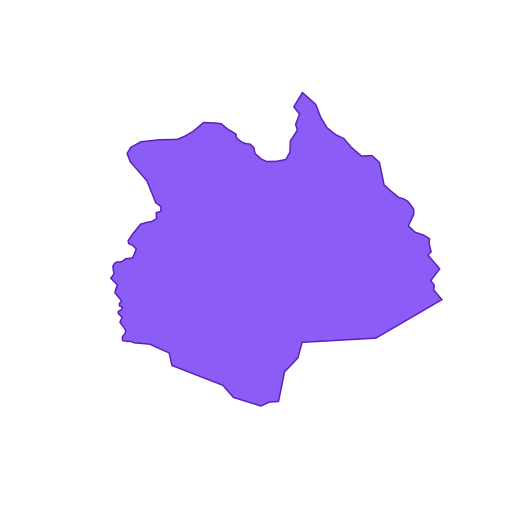 Villa del Carmen, Durazno, Uruguay (Equal Earth projection), rotated 313°
{"feature_id": "84410073B65013252614734", "entity_name": "Villa del Carmen", "entity_type": "district", "adm_level": 2, "iso_a3": "URY", "parent_name": "Uruguay", "parent_adm1": "Durazno", "projection": "equal_earth", "projection_center": [-55.935, -33.157], "detail": "fine", "context": "isolated", "style": "filled", "palette": "violet", "viewbox_px": 512, "rotation_deg": 313, "n_neighbors": 0, "source": "geoboundaries", "source_scale": "gbopen_adm2", "svg_char_len": 1715}
<svg xmlns="http://www.w3.org/2000/svg" viewBox="0 0 512 512"><g transform="rotate(313 256 256)"><path d="M164.9,371.7L190.7,355.9L210.1,356.1L224.3,348.6L277.6,399.6L350.8,421.7L352.4,409.1L356.2,406.4L357.2,400.6L371.9,399.1L373.9,381.2L378.5,381.2L383.4,373.8L386.9,371.2L385.7,364.6L381.9,356.1L381.9,346.9L394.2,342.9L397.8,339.3L399.5,330.3L398.5,325.2L396.1,320.4L395.4,308.2L395.4,301.1L408.6,282.5L408.5,272.4L401.0,265.0L400.5,251.4L401.8,240.2L399.1,231.8L398.2,220.6L401.5,208.9L407.6,196.2L407.2,178.5L390.9,181.9L389.4,191.1L379.3,195.2L376.3,200.4L363.6,202.7L354.9,210.1L346.9,212.0L339.5,206.7L332.3,199.3L330.5,193.8L330.3,185.5L333.9,180.2L333.8,175.4L331.1,171.7L329.5,167.7L329.1,161.0L331.5,158.3L330.5,153.2L329.5,149.1L329.0,140.2L323.7,133.3L317.8,126.6L304.2,125.0L295.5,122.4L287.6,118.9L275.0,106.0L261.0,93.9L249.9,90.3L243.1,91.8L239.2,99.9L236.6,124.9L226.6,146.4L227.3,152.8L223.8,155.9L219.6,153.5L215.4,157.8L210.1,156.2L206.1,153.2L200.6,149.9L187.9,150.8L180.0,152.1L178.3,154.4L179.7,158.8L179.4,163.6L175.7,165.2L170.3,167.0L166.9,164.2L165.3,162.5L162.5,162.2L160.6,161.9L158.8,160.5L156.6,158.3L154.6,157.6L151.1,158.2L150.3,159.0L147.6,162.3L146.1,164.3L140.7,165.0L140.3,174.4L136.1,176.1L132.9,177.9L131.9,185.7L131.1,188.7L128.2,188.4L126.5,190.1L127.3,193.7L124.6,194.1L122.6,193.3L121.0,193.3L119.8,195.4L120.1,196.5L119.7,198.8L120.0,199.8L118.1,200.6L116.6,201.0L114.8,201.6L113.7,207.6L112.7,211.4L110.4,213.1L107.4,213.2L105.6,213.5L103.4,215.7L103.4,216.6L105.4,219.3L105.8,220.3L108.0,222.3L109.5,226.2L118.9,238.2L125.9,258.5L118.6,269.2L138.8,319.9L137.2,336.0L149.6,361.8L158.6,365.6L164.9,371.7Z" fill="#8b5cf6" stroke="#5b21b6" stroke-width="1.5"/></g></svg>